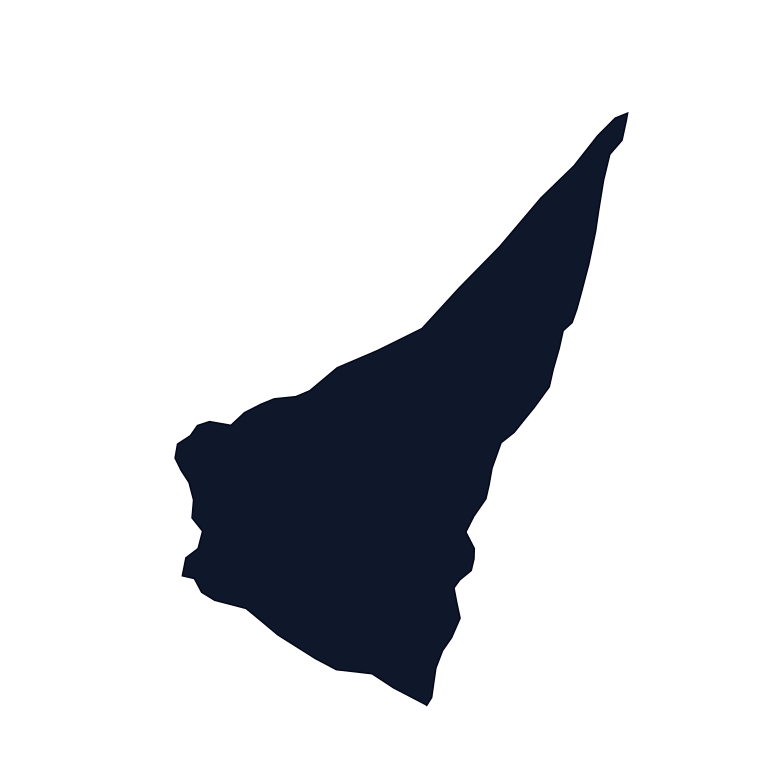 the district of Nordanstig, Gävleborg, Sweden, rotated 100°
{"feature_id": "70781695B45160094549088", "entity_name": "Nordanstig", "entity_type": "district", "adm_level": 2, "iso_a3": "SWE", "parent_name": "Sweden", "parent_adm1": "Gävleborg", "projection": "albers", "projection_center": [16.927, 62.052], "detail": "fine", "context": "isolated", "style": "filled", "palette": "ink", "viewbox_px": 768, "rotation_deg": 100, "n_neighbors": 0, "source": "geoboundaries", "source_scale": "gbopen_adm2", "svg_char_len": 1091}
<svg xmlns="http://www.w3.org/2000/svg" viewBox="0 0 768 768"><g transform="rotate(100 384 384)"><path d="M74.9,191.1L81.9,202.4L102.4,216.7L136.2,234.8L173.6,261.8L228.9,294.1L276.9,327.0L322.8,356.2L352.3,396.4L376.1,432.9L403.6,456.0L411.8,468.7L417.7,489.6L425.2,501.5L436.4,516.4L451.3,527.6L451.3,549.3L457.3,560.5L468.5,565.7L479.0,576.9L493.2,576.9L504.4,568.7L514.9,558.9L531.3,551.4L549.2,549.8L560.4,537.1L578.3,538.5L589.6,548.9L607.9,549.3L608.5,537.0L620.8,527.4L626.4,513.2L629.0,480.9L636.5,467.6L649.6,444.8L666.3,404.0L673.6,381.3L671.4,345.5L681.6,321.8L692.6,286.9L693.1,286.1L684.4,282.6L654.8,283.6L636.3,280.0L622.1,273.4L601.4,268.4L586.6,274.4L572.6,279.7L563.7,275.3L552.5,265.7L540.7,265.0L530.3,266.5L515.6,277.7L498.5,272.5L479.3,263.7L465.2,263.0L448.2,263.0L421.5,258.5L409.0,247.4L392.7,238.5L380.9,231.9L358.0,220.7L340.3,219.9L318.1,217.6L300.4,216.8L290.8,209.4L276.8,207.1L259.8,205.5L230.3,203.1L197.1,202.1L176.4,202.7L148.5,203.1L144.6,203.1L118.6,201.5L102.6,191.9L82.3,191.1L74.9,191.1Z" fill="#0f172a" stroke="#020617" stroke-width="1.5"/></g></svg>